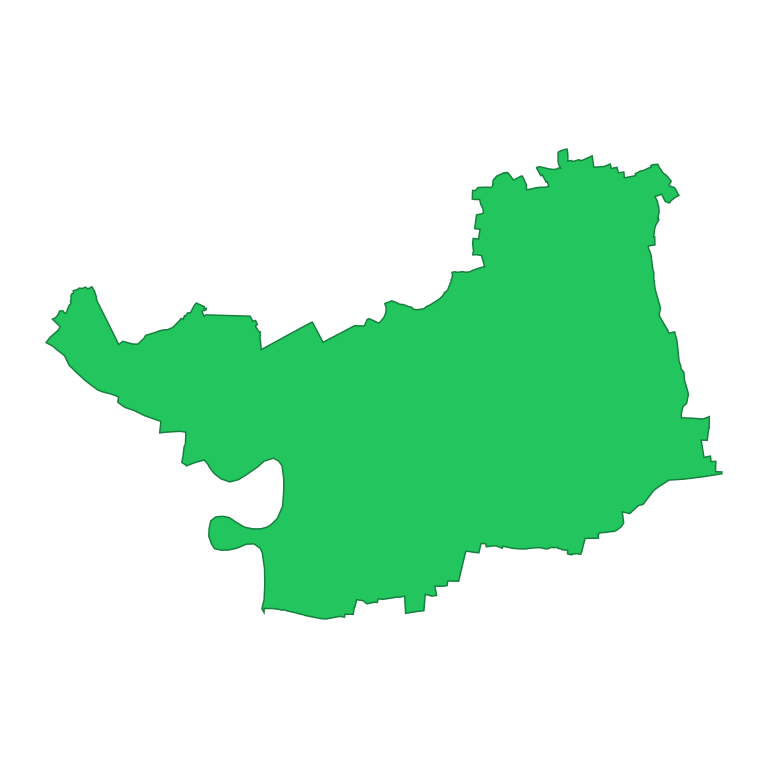 the district of Krathum Baen, Nakhon Pathom, Thailand
{"feature_id": "78962969B60884985036965", "entity_name": "Krathum Baen", "entity_type": "district", "adm_level": 2, "iso_a3": "THA", "parent_name": "Thailand", "parent_adm1": "Nakhon Pathom", "projection": "albers", "projection_center": [100.27, 13.664], "detail": "fine", "context": "isolated", "style": "filled", "palette": "green", "viewbox_px": 768, "rotation_deg": 0, "n_neighbors": 0, "source": "geoboundaries", "source_scale": "gbopen_adm2", "svg_char_len": 6080}
<svg xmlns="http://www.w3.org/2000/svg" viewBox="0 0 768 768"><path d="M264.0,612.4L264.2,608.5L272.7,608.5L275.1,608.9L275.9,608.7L277.0,609.3L278.9,609.2L280.6,610.0L281.5,609.7L282.5,610.2L283.9,609.7L285.5,610.1L286.4,610.7L297.4,613.2L298.9,613.9L299.8,613.7L300.4,614.3L302.4,614.4L304.8,615.4L320.8,618.6L325.9,619.0L339.6,616.4L344.5,617.1L344.8,614.2L353.2,614.3L354.2,607.5L355.0,606.8L356.6,599.7L363.2,600.7L366.2,603.4L367.1,603.8L374.0,602.3L377.4,602.4L377.9,599.4L378.2,598.9L383.2,599.3L397.9,597.0L399.8,597.4L401.0,596.8L404.4,596.2L404.7,596.5L405.6,613.3L417.6,611.4L423.9,610.7L425.2,594.3L432.1,596.1L436.6,595.4L434.9,586.7L435.2,586.1L441.5,586.3L446.8,585.7L447.2,585.4L447.6,581.4L448.2,581.0L458.6,581.2L465.7,551.5L468.1,551.3L471.8,552.0L478.9,552.8L481.0,543.5L485.5,543.7L485.8,543.9L486.2,546.7L494.9,545.8L496.7,546.0L502.2,548.3L502.9,546.4L503.2,546.3L512.6,548.3L520.2,548.9L526.2,548.9L529.0,548.3L538.8,547.6L540.3,547.7L546.3,549.0L549.2,548.4L550.0,547.7L551.2,547.4L553.4,547.7L557.4,547.4L558.4,548.7L560.0,548.5L562.6,549.9L567.4,550.2L567.7,551.1L567.5,553.7L568.0,554.0L570.9,554.8L571.2,554.3L572.4,554.5L572.6,553.8L575.1,554.0L575.8,553.5L580.7,554.3L581.6,552.1L585.1,538.4L598.4,538.2L598.2,534.2L599.5,533.4L599.8,532.8L605.5,532.4L612.4,531.4L613.7,531.5L616.1,530.6L621.0,527.0L623.7,523.0L622.3,511.9L629.9,513.5L638.4,505.5L642.5,504.6L643.5,503.9L652.5,492.0L654.6,489.7L659.5,486.2L669.0,480.1L684.1,479.1L702.9,476.8L721.9,473.7L721.8,471.9L715.5,471.7L715.8,461.3L711.1,461.6L710.4,456.1L704.0,457.4L701.1,440.1L707.2,440.3L708.6,428.5L709.2,428.4L709.2,416.6L705.0,418.3L702.5,419.0L690.9,418.1L681.3,417.9L681.4,413.3L682.8,407.2L683.5,406.0L686.3,403.8L686.9,402.2L687.7,397.4L688.4,395.4L688.0,392.3L684.3,379.5L684.0,373.1L683.7,372.2L681.1,368.9L680.6,365.4L679.1,361.4L677.0,340.9L674.6,331.9L668.8,333.2L668.0,330.8L659.5,316.2L659.4,313.5L660.5,308.0L655.2,289.4L653.7,277.9L653.9,272.6L652.9,269.7L651.0,255.2L650.5,253.2L648.2,247.7L648.8,245.9L654.9,244.9L654.7,236.9L653.9,236.9L653.9,234.7L654.7,228.5L655.8,225.0L658.9,219.6L658.2,219.3L658.3,218.0L657.6,217.9L658.2,216.8L659.1,212.3L658.8,207.0L657.8,204.2L657.6,202.3L656.9,200.1L654.8,196.6L661.6,194.3L665.2,201.4L669.0,202.9L670.2,202.3L670.4,201.2L675.2,197.4L678.9,195.4L677.5,193.2L676.3,190.4L674.3,187.6L670.3,186.2L668.8,185.0L671.2,181.1L666.4,175.4L663.2,173.1L659.5,167.7L657.7,164.3L653.2,164.6L650.8,165.6L651.1,167.2L647.8,168.4L644.0,170.3L639.9,171.2L638.3,172.4L635.4,173.5L635.6,175.7L624.4,177.8L623.8,172.0L618.4,172.9L617.0,167.3L611.4,168.5L610.2,164.0L603.9,166.6L593.8,167.2L592.2,155.9L581.8,160.5L580.0,160.5L579.2,159.7L573.1,161.4L572.2,161.3L571.7,160.5L567.8,161.0L567.9,156.2L567.4,150.6L567.1,149.2L566.5,149.0L561.5,150.6L558.5,151.9L558.1,152.4L558.1,161.7L558.9,164.9L560.8,168.2L558.3,168.0L556.6,169.1L553.6,169.5L549.0,168.9L539.5,166.7L536.9,167.3L536.7,168.1L540.9,175.7L542.3,175.0L546.2,182.1L547.1,181.6L548.9,186.1L545.3,187.3L540.1,187.3L536.6,187.7L526.6,189.9L526.3,184.7L522.5,176.2L521.1,176.1L513.6,180.1L508.2,173.1L507.4,173.3L506.8,172.3L504.5,173.3L504.2,172.7L496.7,176.1L493.2,180.2L492.6,185.9L492.2,186.9L490.7,187.4L486.1,187.2L477.9,187.5L475.6,190.5L472.6,190.4L472.3,199.1L475.0,199.5L479.6,199.5L480.9,204.7L482.7,207.8L483.2,209.6L483.4,213.0L481.8,213.8L476.5,214.9L474.7,228.6L480.0,229.3L478.5,239.2L473.2,238.4L472.6,243.1L473.5,251.1L472.8,253.8L472.9,254.9L476.6,254.7L481.5,255.5L484.6,266.8L482.7,267.0L477.0,268.8L472.8,270.3L470.3,271.6L468.5,272.1L465.4,272.2L462.3,271.7L457.2,272.3L454.9,271.8L452.1,272.3L452.0,273.2L452.5,274.5L451.9,278.7L450.9,280.0L451.5,281.5L450.3,283.0L447.7,289.9L446.1,291.5L444.7,292.3L443.1,295.3L439.5,298.9L430.2,304.9L426.2,306.6L424.4,308.5L418.2,309.7L414.7,309.5L413.4,309.0L411.6,307.4L410.7,306.9L408.6,306.7L403.3,304.5L400.7,304.4L399.0,304.0L396.2,302.4L391.5,300.8L389.1,302.1L386.2,302.8L384.8,303.6L386.1,307.3L386.1,310.1L385.4,314.2L383.7,317.7L380.5,321.6L378.8,323.1L370.0,319.0L368.3,318.8L367.0,319.8L364.6,325.4L364.0,326.0L354.6,325.7L323.0,342.3L312.4,322.2L312.1,322.1L301.4,327.7L261.3,349.6L259.9,336.7L260.4,335.6L259.7,333.6L260.5,332.1L258.5,331.1L255.3,326.0L257.4,324.5L255.5,320.5L252.8,321.3L250.1,316.2L205.9,314.9L204.0,316.1L202.4,312.5L202.1,312.4L202.2,311.1L205.8,310.0L206.3,309.4L206.2,308.3L203.9,308.5L204.2,306.6L196.3,303.0L194.2,305.6L190.5,312.7L187.5,312.9L185.6,316.0L184.5,315.7L183.1,319.4L181.2,318.4L179.5,320.6L173.8,326.5L171.7,328.0L170.0,328.5L168.0,329.6L162.5,330.1L159.6,330.8L154.8,332.6L145.6,335.4L144.1,338.1L138.0,344.1L132.9,344.1L122.8,341.3L118.8,344.6L97.1,301.0L96.6,299.7L96.2,296.1L95.3,294.1L94.6,291.2L93.1,289.3L92.5,287.4L91.6,286.8L90.0,288.0L87.6,288.7L87.0,288.6L86.2,287.5L85.5,287.2L84.9,287.2L82.8,288.5L79.2,288.1L77.3,289.6L73.4,290.7L73.2,291.3L73.5,293.2L73.1,293.6L71.9,293.8L70.9,295.9L70.9,296.8L71.4,297.8L70.5,300.9L71.0,302.7L70.9,303.5L69.2,305.2L66.1,313.2L64.6,313.2L63.4,311.4L62.6,310.8L59.6,311.0L59.0,313.0L57.4,315.7L55.4,317.7L54.2,318.5L52.4,319.1L60.0,326.5L60.1,327.1L58.1,330.3L50.1,337.3L46.1,342.6L53.2,346.4L56.2,349.2L63.9,355.1L65.3,357.2L69.0,365.1L77.0,373.0L86.1,381.3L97.9,390.1L103.4,392.1L111.4,394.1L118.3,396.8L118.6,397.2L117.9,401.4L118.0,402.3L120.9,404.6L125.2,407.5L133.6,410.3L144.5,415.6L160.9,421.4L159.7,432.9L164.3,432.3L178.0,431.4L181.8,431.5L185.9,432.2L185.4,444.2L184.2,446.4L182.9,456.7L181.8,462.5L185.4,464.7L186.3,465.9L194.6,462.7L204.3,460.0L208.5,465.1L209.1,466.7L214.1,473.5L221.1,478.9L229.8,481.9L238.6,479.6L247.5,474.0L257.5,467.0L264.2,461.1L273.3,458.2L278.6,460.9L282.1,465.9L283.8,479.2L283.7,491.0L282.7,506.0L277.4,518.4L270.6,525.1L266.8,527.2L260.6,528.9L252.7,528.9L244.3,527.1L235.8,522.0L229.1,517.5L222.3,516.3L215.9,516.9L210.9,520.7L209.1,528.6L208.8,536.3L211.4,543.7L214.6,548.7L221.6,550.2L228.6,550.0L236.8,548.2L246.2,544.2L254.1,543.9L260.3,548.4L262.3,552.8L264.5,568.4L264.8,584.3L264.1,599.7L261.9,608.7L264.0,612.4Z" fill="#22c55e" stroke="#15803d" stroke-width="1.5"/></svg>